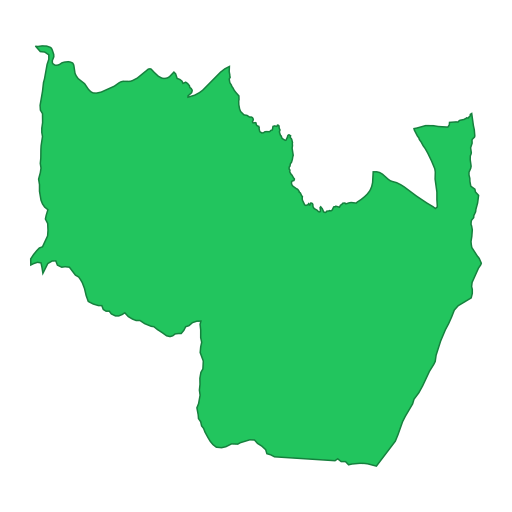 the district of Hleoheng, Leribe, Lesotho
{"feature_id": "5366337B95493361127464", "entity_name": "Hleoheng", "entity_type": "district", "adm_level": 2, "iso_a3": "LSO", "parent_name": "Lesotho", "parent_adm1": "Leribe", "projection": "natural_earth1", "projection_center": [27.92, -28.954], "detail": "fine", "context": "isolated", "style": "filled", "palette": "green", "viewbox_px": 512, "rotation_deg": 0, "n_neighbors": 0, "source": "geoboundaries", "source_scale": "gbopen_adm2", "svg_char_len": 5944}
<svg xmlns="http://www.w3.org/2000/svg" viewBox="0 0 512 512"><path d="M481.3,263.2L479.3,258.6L478.3,257.1L477.6,256.5L471.8,247.5L471.3,244.6L471.0,241.6L471.8,236.5L472.3,229.9L471.6,225.9L471.0,224.4L471.2,221.4L471.6,220.1L473.7,217.6L473.8,215.6L475.6,211.8L475.9,209.3L477.6,203.0L478.6,195.4L475.4,191.9L474.9,189.2L470.8,186.2L469.9,181.4L469.8,178.3L469.0,175.0L469.0,172.2L470.7,168.3L471.1,166.2L470.2,159.6L470.3,155.9L471.1,153.9L471.3,152.6L470.6,147.8L472.1,143.2L472.0,140.0L472.4,139.2L474.5,137.1L474.8,136.0L474.3,129.9L473.4,125.6L471.7,113.5L470.3,114.4L470.3,115.8L468.7,117.3L468.5,117.9L467.2,118.0L466.7,117.8L465.8,118.6L465.3,118.6L464.3,119.4L459.9,120.3L459.1,120.8L457.9,122.1L456.1,121.9L449.5,122.4L449.3,124.9L447.8,127.1L438.2,126.5L433.4,125.7L425.6,125.6L416.7,128.1L414.0,128.6L414.3,130.0L417.4,136.0L418.9,138.0L419.3,139.4L421.2,142.1L423.2,145.8L425.1,148.4L427.8,153.2L431.6,161.1L434.8,168.8L435.3,172.0L435.1,179.1L436.9,192.1L436.9,199.6L437.3,206.2L437.2,207.0L435.4,208.5L433.0,206.7L426.8,203.0L416.5,196.1L404.2,186.9L400.7,184.7L396.7,182.7L392.1,181.4L390.2,180.7L388.1,179.2L382.5,174.2L379.6,172.5L376.7,171.8L373.2,171.8L372.6,182.6L371.7,186.5L370.6,189.2L369.8,190.8L367.2,194.2L364.6,196.7L361.0,199.6L357.2,202.1L356.2,203.1L351.1,202.5L348.9,202.9L346.5,203.7L345.7,203.8L344.9,203.0L342.8,203.2L341.9,204.3L340.4,205.3L339.5,207.2L335.8,206.2L335.4,206.7L333.9,206.8L333.6,207.1L332.2,210.0L331.4,210.6L330.9,210.9L329.5,210.6L329.3,210.9L326.7,211.2L326.1,212.1L325.2,212.5L323.7,212.0L322.3,208.8L320.7,206.8L320.1,207.5L320.4,211.1L320.2,211.6L319.6,211.9L319.0,211.8L318.4,211.6L317.3,210.4L314.1,208.5L313.0,206.7L312.8,204.3L312.3,203.5L311.5,203.1L310.5,203.1L310.2,203.5L310.0,204.9L309.5,205.0L308.5,203.8L308.2,204.6L306.7,205.2L305.8,205.4L305.1,205.2L304.5,204.5L302.4,200.1L302.2,198.2L302.4,196.5L301.6,195.7L300.4,193.0L299.2,192.1L299.2,191.5L298.3,190.1L297.4,189.1L296.4,188.7L292.7,186.0L292.0,185.0L291.5,183.7L291.6,181.5L293.1,180.6L293.7,180.7L294.3,179.8L294.4,178.9L293.6,178.0L291.9,175.0L291.1,174.4L290.7,173.4L290.1,172.7L289.7,171.8L289.9,170.7L289.8,169.8L289.1,169.0L289.2,167.0L289.9,166.3L290.4,163.7L291.5,162.3L292.4,159.2L292.7,157.1L293.2,155.3L292.1,148.1L292.5,145.7L292.3,143.5L292.5,142.5L291.7,139.3L291.2,138.4L290.5,137.9L290.2,137.1L290.6,135.8L289.0,134.8L288.4,135.0L287.8,135.7L287.5,136.6L287.5,137.7L286.9,138.0L286.3,139.6L285.8,140.3L285.1,140.3L284.1,139.7L282.1,138.4L281.1,135.8L280.6,135.6L279.7,133.1L279.4,131.7L280.0,130.0L279.2,128.2L279.0,125.9L278.1,125.4L277.9,125.0L277.4,125.2L277.1,126.1L276.7,126.4L274.6,125.9L273.0,126.4L272.5,129.1L272.2,130.0L270.7,130.5L270.3,131.1L269.4,131.7L266.0,131.6L264.6,131.9L263.7,132.7L261.8,133.0L261.1,132.4L260.5,132.3L259.7,131.4L259.1,128.8L259.2,127.6L258.7,126.3L258.3,126.4L256.8,125.5L256.3,124.6L255.9,122.8L255.4,122.6L253.5,122.9L252.8,122.7L252.5,121.6L253.3,119.8L253.0,118.5L252.4,117.6L251.2,117.0L249.6,117.1L247.0,115.4L244.0,114.9L240.6,111.5L239.6,109.0L238.8,104.7L238.7,101.0L239.0,99.6L238.9,95.9L235.8,92.4L234.2,90.3L233.0,88.0L231.7,86.2L231.5,85.3L229.8,82.6L229.2,79.1L230.2,77.1L229.8,76.4L229.8,75.0L229.2,71.6L229.4,66.5L224.9,68.8L220.6,72.1L202.6,90.3L199.5,92.6L194.7,95.2L188.0,97.2L188.0,95.9L191.6,92.7L192.2,90.7L191.9,89.6L191.0,88.3L189.9,87.6L189.4,85.7L187.6,83.5L185.7,82.2L183.0,83.4L182.0,81.2L179.9,79.5L177.1,78.4L175.6,73.8L173.9,72.1L169.5,76.7L167.5,77.9L165.2,78.4L163.3,78.4L161.8,78.1L158.4,76.3L154.1,72.3L151.1,69.1L150.0,68.8L148.3,69.1L137.3,78.1L132.7,80.5L130.8,81.2L129.0,81.4L123.1,81.3L121.0,81.8L119.1,82.8L114.3,86.2L101.2,92.1L96.5,93.1L93.4,93.0L91.5,92.2L89.6,90.6L88.1,88.9L84.6,83.7L78.1,78.6L76.1,75.7L75.0,73.3L73.9,65.9L73.5,64.4L72.6,63.0L70.5,62.1L68.4,61.7L64.5,62.1L62.0,62.8L59.8,64.3L58.2,65.0L56.1,65.3L54.8,65.1L53.0,63.8L52.4,62.9L52.3,60.6L53.8,56.8L53.7,54.4L52.3,50.1L51.4,48.2L50.2,47.3L46.7,46.1L42.1,45.9L38.0,46.5L36.3,46.4L35.4,46.0L40.3,51.6L44.6,52.0L48.8,54.8L48.8,59.3L47.1,64.4L44.5,78.9L43.5,82.5L42.5,91.4L40.1,105.3L40.4,110.1L42.5,113.6L42.6,122.7L41.8,128.2L41.8,132.4L42.5,136.5L41.1,145.8L40.9,149.5L40.8,158.3L40.3,163.4L41.0,168.1L40.3,172.8L38.6,179.1L39.5,184.6L39.5,191.3L41.0,200.2L42.5,203.9L44.6,207.0L47.9,209.7L46.2,215.3L45.4,219.0L47.7,223.5L48.0,230.4L47.6,235.9L42.5,246.8L39.3,248.0L36.8,250.6L33.6,254.5L30.7,258.9L30.8,265.0L33.6,263.6L37.5,262.3L41.0,262.9L42.0,267.6L42.9,273.3L47.8,263.5L52.2,261.0L55.8,260.9L57.4,265.1L61.7,267.2L65.1,266.7L69.4,267.2L75.4,275.1L78.7,277.0L80.5,279.6L82.3,282.7L84.5,288.5L86.2,295.7L88.3,301.5L93.2,304.0L98.5,305.6L101.8,305.6L103.3,309.5L106.1,311.2L109.3,311.2L111.3,313.9L115.4,315.9L118.8,315.9L122.2,314.5L124.8,312.8L128.3,316.6L132.5,319.1L136.1,320.5L140.0,320.5L144.6,323.6L151.2,326.3L153.9,326.7L157.5,329.6L162.3,332.7L166.6,335.8L170.0,336.6L172.7,335.8L175.2,333.9L178.6,333.5L181.2,333.5L183.8,330.4L185.7,326.7L188.9,325.7L192.5,322.6L196.8,321.2L200.9,321.1L200.1,324.3L200.7,330.0L200.7,337.7L201.7,342.3L200.7,346.9L200.2,352.6L203.3,361.0L202.9,368.9L200.9,372.4L199.9,378.2L200.0,384.4L199.4,390.1L200.1,395.2L198.6,403.6L196.9,407.8L198.2,414.8L198.5,418.6L200.7,421.8L201.6,425.9L203.6,428.4L205.0,432.1L207.9,437.4L210.3,441.4L213.0,444.6L216.3,447.2L221.6,447.7L225.9,446.7L231.5,443.9L237.8,444.1L240.3,442.7L249.8,439.8L254.5,440.0L257.5,443.4L261.8,446.1L265.7,449.7L266.9,453.7L270.7,454.8L274.5,456.8L335.0,460.7L337.7,458.8L341.2,461.6L345.5,461.6L348.6,464.8L352.0,464.0L359.8,463.3L364.2,463.4L367.6,463.8L376.4,466.1L395.3,441.2L398.0,434.6L402.6,421.6L405.3,416.3L412.6,403.9L414.0,399.2L418.8,392.8L422.6,385.9L429.5,371.2L433.8,364.3L435.2,361.5L436.1,355.2L440.6,341.1L445.4,329.7L448.6,323.7L451.6,317.0L454.3,310.1L458.2,305.7L471.2,297.9L472.3,293.4L472.3,289.4L471.6,286.5L472.1,282.4L478.5,268.1L480.8,264.7L481.3,263.2Z" fill="#22c55e" stroke="#15803d" stroke-width="1.5"/></svg>